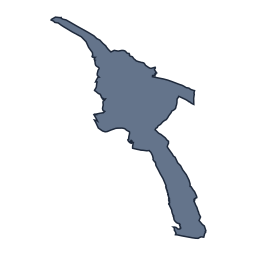 Karatu, Arusha, United Republic of Tanzania (Equal Earth projection), rotated 281°
{"feature_id": "72390352B22674606658861", "entity_name": "Karatu", "entity_type": "district", "adm_level": 2, "iso_a3": "TZA", "parent_name": "United Republic of Tanzania", "parent_adm1": "Arusha", "projection": "equal_earth", "projection_center": [35.413, -3.487], "detail": "fine", "context": "isolated", "style": "filled", "palette": "slate", "viewbox_px": 256, "rotation_deg": 281, "n_neighbors": 0, "source": "geoboundaries", "source_scale": "gbopen_adm2", "svg_char_len": 5715}
<svg xmlns="http://www.w3.org/2000/svg" viewBox="0 0 256 256"><g transform="rotate(281 128 128)"><path d="M201.4,114.8L201.2,113.7L201.4,112.7L201.6,112.4L202.8,110.9L203.1,110.0L203.2,109.3L203.2,108.4L203.0,107.1L201.6,103.7L201.6,99.7L199.4,96.7L201.3,93.8L203.3,91.4L204.3,90.6L206.3,87.1L208.9,83.6L209.8,80.3L211.9,77.1L214.1,71.1L218.1,58.8L220.9,50.7L222.3,46.5L222.4,43.1L223.1,41.4L223.7,41.3L223.4,40.3L223.0,35.6L219.9,32.0L219.3,31.9L218.7,34.6L217.7,35.9L217.8,39.5L216.2,42.8L215.0,45.8L211.7,54.9L208.6,64.8L204.7,70.4L199.6,74.0L195.2,78.7L192.1,79.6L191.6,79.0L191.2,79.4L190.9,79.5L190.7,80.8L190.9,81.3L191.0,82.0L190.7,81.7L190.5,81.8L190.4,81.5L190.2,81.5L189.5,82.0L188.9,81.8L188.6,82.0L188.1,82.4L188.1,82.5L188.0,82.4L185.6,83.4L184.9,83.5L183.6,84.2L182.9,85.0L182.1,86.7L182.0,87.2L181.7,87.7L181.5,88.0L181.0,88.3L180.5,88.3L179.8,87.9L178.9,87.6L175.3,87.4L174.5,87.6L174.1,87.7L173.7,88.0L172.4,90.0L172.0,88.8L169.4,87.9L167.0,87.3L167.3,88.1L167.3,88.9L165.7,88.8L162.1,89.1L161.0,88.8L158.6,87.9L158.3,88.2L157.9,89.3L156.5,91.7L156.0,93.0L156.1,93.7L155.5,94.5L155.3,94.8L154.8,94.9L154.4,95.3L154.0,95.8L153.4,95.8L153.0,96.2L152.8,96.6L152.3,97.0L152.4,97.7L152.3,98.0L152.1,98.1L151.7,97.4L151.5,97.6L151.5,98.4L152.2,100.2L150.7,99.6L149.7,98.5L148.4,98.5L145.8,99.3L142.5,99.2L141.1,99.7L140.3,100.4L139.9,102.0L138.3,100.9L137.0,97.4L135.5,93.9L135.0,91.8L135.0,92.4L134.8,93.2L134.5,92.1L131.3,94.9L129.1,96.6L129.3,96.1L129.4,93.5L127.6,95.1L122.3,98.9L120.2,103.6L119.9,106.3L120.5,108.2L122.8,111.7L125.3,116.0L125.8,117.6L126.8,122.2L126.8,124.5L126.3,125.9L125.6,126.8L124.7,129.7L124.7,129.9L124.5,130.2L123.2,130.6L122.9,130.5L121.8,130.6L121.3,130.5L119.0,130.5L117.5,130.7L117.4,130.8L117.1,130.8L116.9,130.4L116.6,130.1L116.2,130.1L115.0,131.1L115.0,131.3L115.0,131.6L114.8,131.4L114.7,131.5L114.4,132.0L114.4,132.3L114.1,132.4L113.9,132.9L113.8,133.6L113.6,134.0L113.7,134.3L113.8,134.4L114.6,133.9L115.0,133.4L115.6,133.2L116.4,133.3L116.5,133.5L116.3,133.7L116.0,133.7L115.7,134.0L115.9,134.4L115.2,134.7L114.9,135.0L114.8,135.8L114.8,136.0L114.5,135.9L113.5,136.0L111.3,136.0L110.1,136.1L109.0,136.4L108.8,141.3L108.8,143.2L108.7,144.9L109.0,147.1L109.2,150.7L109.9,153.2L109.6,153.4L108.5,155.1L105.6,157.3L103.0,158.5L101.7,158.6L99.8,160.7L99.7,161.4L96.5,162.6L92.1,166.2L89.2,168.4L85.1,172.0L78.4,176.5L78.0,176.3L77.6,176.4L77.4,176.3L77.0,176.7L76.5,176.7L76.4,177.1L75.6,177.2L75.1,177.7L74.7,177.7L74.3,178.3L74.1,178.2L73.8,178.5L73.2,178.5L72.8,178.9L72.2,179.0L72.0,179.3L71.8,179.4L71.5,179.7L71.2,179.7L70.9,179.9L70.4,179.7L70.0,179.8L69.9,180.0L70.0,180.3L69.2,180.5L68.6,180.7L67.4,181.4L66.9,181.4L67.1,181.8L66.9,182.0L66.4,181.6L66.1,181.6L65.8,181.7L65.7,182.0L65.2,182.2L65.1,182.5L64.9,182.4L64.7,181.8L64.2,182.1L64.0,182.6L63.8,182.6L63.4,182.4L63.2,182.5L63.4,182.9L63.2,183.0L62.3,183.0L61.5,182.4L61.2,182.4L60.9,182.6L60.9,182.8L61.0,183.2L59.9,183.5L55.9,186.5L54.9,186.8L53.2,187.5L51.4,188.6L51.0,189.0L50.3,189.1L50.1,189.2L50.3,189.6L49.9,189.7L49.3,189.7L48.5,190.1L47.1,190.6L46.6,190.9L45.8,191.6L44.8,193.0L44.7,193.2L44.3,193.6L44.2,194.3L43.9,195.4L43.9,196.1L44.0,196.3L43.9,196.8L43.2,197.5L42.8,197.5L42.7,197.1L42.0,197.4L41.0,198.3L40.5,198.6L40.1,198.5L40.2,198.2L40.0,198.5L39.9,198.3L39.7,198.4L39.6,198.7L39.2,198.7L39.0,198.1L38.7,197.9L38.4,197.0L38.5,196.5L38.4,196.0L39.0,195.3L39.6,194.1L39.6,192.4L39.4,191.4L39.2,191.8L39.0,192.1L38.3,192.6L36.3,193.1L35.6,194.0L34.9,194.5L34.1,194.9L33.9,195.2L33.1,195.3L32.6,195.1L32.6,194.9L32.3,194.9L32.5,196.5L32.4,201.6L32.5,212.0L32.7,215.5L33.1,218.0L34.2,219.2L35.1,220.5L35.3,223.2L39.1,223.4L40.5,224.1L41.3,223.6L41.9,224.1L46.4,221.6L47.5,219.4L50.7,215.4L54.5,216.2L57.3,214.0L58.0,213.7L59.6,212.9L59.9,212.5L63.2,210.8L65.1,209.2L67.3,207.8L68.8,206.6L69.0,206.7L69.3,207.2L69.5,207.2L69.9,206.7L70.4,207.1L70.5,207.1L70.7,206.7L71.1,207.2L71.4,207.0L71.6,207.5L72.0,207.7L72.1,207.9L72.4,208.0L72.5,208.5L72.7,208.8L73.1,208.8L74.2,208.3L77.9,205.7L78.8,204.9L79.1,204.3L82.5,201.0L82.5,200.1L85.0,199.6L88.3,197.9L93.3,194.1L97.3,189.7L101.0,186.8L103.3,183.4L108.3,179.8L109.1,177.9L110.9,176.4L115.5,171.5L117.0,170.1L119.1,170.2L120.5,170.7L122.7,170.3L123.6,168.5L125.4,166.5L128.0,161.5L128.0,161.1L128.2,160.8L128.6,159.4L128.9,158.8L130.9,155.9L131.3,155.0L131.5,154.9L133.0,155.4L133.5,155.9L133.7,156.3L134.1,156.7L135.4,156.9L135.8,157.2L136.7,158.0L137.7,159.2L140.5,160.8L142.3,162.4L143.4,163.8L144.0,164.2L145.7,165.0L147.9,165.7L150.7,167.1L151.7,167.5L152.6,167.6L153.0,167.8L154.2,169.3L155.7,170.6L156.7,171.0L158.7,171.0L159.9,171.2L160.9,171.2L162.1,171.2L164.5,170.8L166.0,170.7L167.4,171.4L168.8,171.8L166.9,179.4L166.3,181.0L165.3,183.1L165.5,183.5L164.7,184.8L164.1,186.5L163.7,188.1L169.7,186.8L173.9,186.6L174.9,186.1L177.4,186.2L177.4,185.3L177.8,182.5L177.9,181.9L178.3,181.3L178.7,180.4L178.8,179.3L178.7,177.7L178.8,177.2L179.7,174.8L180.3,172.7L180.5,170.7L181.4,165.4L181.9,162.6L182.6,157.9L182.9,153.4L182.9,148.2L183.0,142.2L184.2,142.1L184.5,142.7L184.6,144.4L184.8,144.3L184.9,144.0L185.0,144.1L185.2,144.4L185.3,144.4L185.5,144.2L185.7,144.3L185.9,144.8L186.0,144.8L186.5,144.4L186.7,145.0L187.0,145.0L187.5,145.6L187.7,145.2L187.9,145.1L187.8,144.6L188.7,144.5L189.7,143.3L190.2,142.9L190.8,142.9L192.0,143.4L192.3,143.4L192.8,143.1L192.3,141.9L191.9,141.4L191.5,140.3L191.0,139.5L190.9,138.3L191.1,137.4L191.8,135.6L192.9,133.1L193.8,132.4L194.7,131.4L194.9,130.8L195.0,129.7L194.9,128.0L195.1,127.3L195.1,126.1L195.5,123.2L196.3,122.0L197.0,120.6L198.7,118.8L198.9,118.0L198.9,116.8L199.2,116.0L199.7,115.5L200.6,115.5L201.0,115.1L201.4,114.8Z" fill="#64748b" stroke="#1e293b" stroke-width="1.5"/></g></svg>